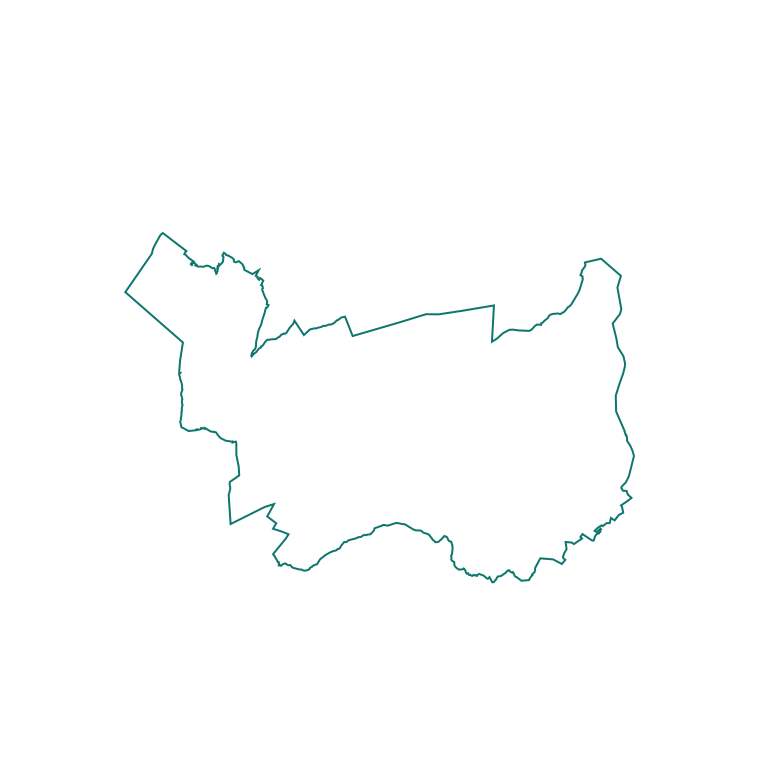 Calpulalpan, Tlaxcala, Mexico, rotated 207°
{"feature_id": "50627088B29705305606348", "entity_name": "Calpulalpan", "entity_type": "district", "adm_level": 2, "iso_a3": "MEX", "parent_name": "Mexico", "parent_adm1": "Tlaxcala", "projection": "natural_earth1", "projection_center": [-98.554, 19.552], "detail": "fine", "context": "isolated", "style": "outline", "palette": "teal", "viewbox_px": 768, "rotation_deg": 207, "n_neighbors": 0, "source": "geoboundaries", "source_scale": "gbopen_adm2", "svg_char_len": 6166}
<svg xmlns="http://www.w3.org/2000/svg" viewBox="0 0 768 768"><g transform="rotate(207 384 384)"><path d="M457.1,189.6L434.5,220.2L427.5,227.1L427.9,213.0L416.8,211.0L417.1,204.6L409.0,206.0L400.9,206.8L401.2,202.1L405.6,182.1L404.6,181.4L403.7,181.2L397.4,177.0L397.0,177.5L395.5,175.9L395.6,173.8L394.7,175.4L393.3,175.2L392.1,177.9L390.2,179.4L387.9,179.0L386.9,179.1L385.4,180.1L382.5,179.0L381.4,179.0L375.3,180.3L373.2,181.3L371.7,181.1L369.9,181.7L368.5,182.6L367.5,184.0L366.5,184.7L366.3,187.0L365.1,188.6L364.6,190.1L361.8,193.2L361.4,198.8L358.4,205.2L355.5,209.6L353.1,212.4L351.6,213.5L350.7,214.6L350.5,215.8L349.1,216.8L348.8,218.1L348.7,220.8L347.7,225.2L346.0,225.9L345.5,226.4L344.7,228.6L338.3,234.3L337.5,235.7L335.2,237.2L334.2,239.1L332.8,240.8L331.0,241.3L330.6,242.1L327.8,244.0L326.4,249.1L326.9,251.0L326.7,251.4L321.9,256.4L320.8,257.9L319.6,258.6L316.9,259.2L315.5,260.3L310.4,265.4L308.8,266.3L303.5,267.7L301.7,268.5L291.9,267.7L289.0,268.1L284.8,270.1L283.9,270.1L281.8,269.4L276.6,270.2L274.9,270.0L272.7,268.7L271.9,268.6L270.0,267.3L268.0,267.1L266.4,266.3L264.1,267.8L263.4,269.0L261.8,273.5L261.2,276.0L260.4,275.9L259.1,276.3L258.2,276.0L255.7,274.1L254.7,273.7L252.5,273.9L251.9,273.5L251.3,272.5L249.9,271.4L248.0,268.1L246.2,263.3L246.3,261.8L246.0,261.0L245.3,260.5L244.5,258.3L243.8,257.7L242.6,257.3L240.9,257.4L240.2,256.7L239.1,254.6L236.7,253.2L233.2,252.6L230.6,254.0L229.3,255.1L229.2,255.8L228.3,255.6L226.4,254.4L225.8,253.6L224.2,252.6L223.0,253.6L221.9,252.5L221.2,252.6L220.7,253.2L218.8,252.9L218.1,253.2L217.6,254.6L217.1,254.5L214.4,255.2L214.8,255.7L214.2,256.0L213.1,257.9L208.3,258.5L203.6,257.4L202.8,257.9L202.3,259.8L197.4,256.5L196.1,257.4L195.7,260.5L195.4,260.6L195.3,264.0L192.6,266.0L189.7,271.4L189.7,272.3L189.0,274.0L188.4,274.6L188.1,274.7L188.1,274.3L186.7,274.3L185.5,273.9L184.2,274.2L183.8,274.9L183.5,274.9L182.9,274.5L183.0,274.1L182.1,273.8L180.8,272.6L179.4,272.0L177.8,272.1L172.2,271.1L165.8,275.1L165.9,276.6L165.3,280.2L165.5,281.0L165.0,281.2L165.4,282.5L164.4,284.6L165.2,287.4L165.8,288.6L165.6,299.6L153.7,304.5L143.8,304.4L142.6,309.6L145.2,310.2L146.1,311.2L146.6,315.3L146.3,319.6L150.4,325.7L144.6,328.0L142.1,327.6L137.4,336.2L139.5,336.8L139.0,340.4L128.2,339.1L126.9,339.2L126.1,339.7L126.8,344.2L126.0,348.2L125.9,348.4L124.8,348.2L124.2,350.8L125.1,351.3L124.6,353.1L125.4,353.4L127.2,348.7L129.6,348.7L128.4,352.7L125.9,356.9L124.5,356.7L122.5,361.1L119.7,362.5L121.0,367.7L116.6,367.2L115.3,374.0L112.4,377.9L116.3,382.8L117.7,383.4L113.2,391.6L111.8,394.9L116.4,396.1L119.4,398.9L122.5,397.4L125.4,399.1L125.7,400.4L123.9,406.0L123.9,412.2L124.3,414.7L128.6,433.4L132.3,437.3L136.7,440.9L141.5,443.7L143.1,446.5L144.9,448.5L145.2,448.1L148.2,451.0L148.2,451.3L164.7,464.9L172.2,478.8L174.3,491.2L175.6,501.4L177.2,508.7L178.8,512.1L183.2,517.4L192.4,523.0L197.6,530.0L207.7,541.7L205.5,553.6L206.5,558.4L219.8,575.9L222.0,587.9L247.4,594.2L260.2,583.5L258.9,582.0L258.5,581.2L258.4,579.1L259.1,575.1L258.4,572.3L258.5,570.7L258.3,570.1L256.0,570.0L254.4,567.4L252.6,557.5L252.3,553.5L253.2,540.1L253.9,537.4L254.9,536.2L256.0,530.6L258.7,526.3L261.1,525.8L265.5,523.0L267.5,520.9L267.9,519.3L268.0,517.1L269.8,513.1L270.4,510.9L271.5,509.6L270.8,508.1L274.7,506.4L275.9,504.2L277.2,499.4L278.8,497.2L288.3,492.9L294.5,490.7L295.1,490.1L296.9,489.2L301.0,483.4L304.1,475.4L307.0,470.7L321.7,503.9L347.2,485.0L366.9,470.9L378.2,465.3L397.5,446.6L433.7,412.5L449.3,426.3L452.1,424.0L454.1,420.0L454.8,419.4L456.2,415.6L458.2,412.9L459.9,412.1L462.8,408.9L463.9,408.7L465.2,407.4L465.5,406.6L468.8,403.8L469.7,402.7L471.3,402.0L474.7,399.0L477.6,391.3L492.6,399.8L492.2,396.6L493.6,391.1L494.2,385.2L495.0,383.8L496.1,383.6L496.7,382.6L497.9,381.4L498.5,378.7L499.6,377.4L500.7,375.0L503.1,373.5L504.1,373.1L505.3,372.0L508.1,370.4L509.0,367.6L509.5,363.2L510.5,361.8L510.2,361.3L510.4,360.4L511.5,358.8L512.4,354.2L513.6,352.0L514.5,348.5L515.1,348.9L515.2,350.1L515.6,350.6L515.7,351.9L515.6,354.3L514.8,356.4L514.8,357.7L515.4,360.1L516.2,361.4L517.5,364.9L517.9,367.4L519.5,372.1L520.3,375.9L520.4,380.8L521.8,387.4L522.5,392.6L523.7,397.6L523.7,398.4L523.3,398.5L522.8,399.5L522.7,401.9L524.7,401.8L525.2,404.0L526.8,405.7L528.8,406.8L535.1,412.4L535.6,413.2L535.3,414.3L536.2,415.4L536.6,415.6L536.8,416.2L537.4,416.6L538.4,416.4L538.5,421.3L540.5,421.9L542.6,422.1L542.6,420.2L544.8,420.9L545.0,422.0L547.4,422.1L547.3,428.5L551.1,422.2L560.3,422.3L561.3,424.0L561.9,423.3L561.8,423.7L562.7,425.1L564.4,426.4L567.1,427.1L569.3,427.5L571.4,425.0L572.8,424.8L573.7,425.4L574.2,426.8L575.3,427.2L577.3,427.6L580.0,427.6L581.1,427.9L582.1,427.4L583.5,427.3L584.1,427.9L585.0,428.2L586.3,428.1L586.0,427.4L586.5,425.9L586.2,425.8L586.0,424.7L585.0,424.6L584.5,423.8L583.0,419.7L584.0,415.9L585.5,416.0L584.7,413.9L585.7,413.6L585.5,412.8L584.8,412.1L585.0,411.5L584.6,411.4L584.7,410.8L584.1,410.5L584.1,410.0L583.6,409.5L583.6,407.5L583.2,406.8L583.5,406.1L587.7,410.2L588.2,410.2L589.2,409.3L593.3,409.6L595.7,409.0L597.8,406.7L603.3,404.1L605.8,404.1L605.2,405.1L608.7,405.9L609.2,404.5L609.2,402.7L610.6,403.1L610.2,405.0L609.2,406.7L615.7,407.7L619.4,409.1L620.9,409.0L620.9,411.1L620.4,412.7L649.6,418.1L650.6,416.0L650.8,415.1L651.3,404.3L651.1,399.4L650.0,394.6L656.2,348.4L582.0,329.7L576.4,312.5L571.6,300.9L570.6,301.4L570.8,299.6L570.4,298.7L568.7,297.3L567.4,295.2L566.3,294.8L565.8,293.9L564.7,292.9L563.0,290.7L562.1,288.5L561.2,287.9L560.4,283.3L559.8,282.1L559.3,281.9L556.8,278.9L556.9,278.5L555.5,275.5L555.0,274.7L554.0,274.0L553.2,270.4L552.2,268.9L551.7,267.9L551.8,267.2L550.5,264.7L549.3,260.9L548.7,259.8L548.5,257.9L544.9,253.6L536.7,253.4L530.6,257.4L530.8,257.8L530.1,258.7L529.6,258.2L526.7,260.6L527.0,261.6L525.0,262.3L525.1,262.6L523.3,262.7L523.5,263.5L517.1,263.0L513.5,264.1L513.4,264.4L511.7,264.6L507.2,262.3L504.7,261.6L499.3,261.6L492.8,263.8L492.7,264.1L492.4,264.0L492.2,263.2L490.0,265.4L489.7,265.3L488.5,263.8L483.3,253.7L476.1,244.6L471.7,237.2L471.5,236.6L472.1,236.0L473.0,233.9L476.8,227.0L476.3,225.1L475.3,223.4L474.0,222.0L473.3,220.5L472.0,214.6L457.1,189.6Z" fill="none" stroke="#0f766e" stroke-width="2"/></g></svg>